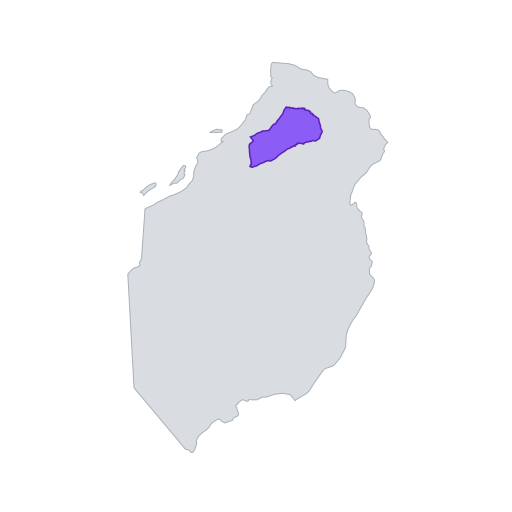 location of Liwale, Lindi, United Republic of Tanzania, rotated 230°
{"feature_id": "72390352B80391364217442", "entity_name": "Liwale", "entity_type": "district", "adm_level": 2, "iso_a3": "TZA", "parent_name": "United Republic of Tanzania", "parent_adm1": "Lindi", "projection": "equal_earth", "projection_center": [38.174, -9.186], "detail": "fine", "context": "in_parent", "style": "filled", "palette": "violet", "viewbox_px": 512, "rotation_deg": 230, "n_neighbors": 0, "source": "geoboundaries", "source_scale": "gbopen_adm2", "svg_char_len": 8898}
<svg xmlns="http://www.w3.org/2000/svg" viewBox="0 0 512 512"><g transform="rotate(230 256 256)"><path d="M207.9,358.0L203.9,355.2L200.2,353.4L197.2,351.5L195.9,349.7L193.0,348.9L190.6,348.6L188.4,346.9L183.7,346.3L183.2,345.1L183.1,342.5L182.3,341.9L180.6,341.2L178.8,341.2L177.7,341.6L177.1,341.4L175.6,339.9L174.2,338.0L173.6,334.9L171.5,333.0L169.0,331.4L162.3,331.6L161.2,331.1L159.6,329.5L157.7,327.0L156.2,324.0L154.8,320.1L153.4,314.7L145.5,293.3L144.7,289.2L143.1,284.7L140.6,279.2L138.0,275.1L134.4,271.4L130.3,267.7L128.1,265.2L123.9,255.1L123.0,250.4L122.3,245.5L122.5,243.5L125.1,237.2L125.4,235.4L125.0,233.0L123.7,228.0L122.1,221.9L118.7,210.7L118.2,207.9L118.3,205.8L120.2,194.5L120.1,192.9L127.9,193.1L133.6,188.2L138.5,180.8L139.5,177.7L141.5,172.9L143.5,170.6L144.2,168.9L145.3,164.2L147.9,161.0L150.5,158.5L149.9,156.8L150.3,156.1L151.7,154.9L154.4,153.7L154.9,151.2L154.9,148.4L154.4,146.8L154.5,145.0L154.1,144.0L152.3,143.8L149.7,142.4L147.5,141.8L146.0,141.0L145.5,140.3L145.3,138.7L146.5,134.3L145.2,132.6L147.9,125.4L148.4,124.5L149.4,124.4L151.0,123.6L152.4,123.3L153.6,123.5L154.5,123.2L155.3,122.4L155.9,120.0L156.4,115.9L156.1,112.6L155.0,110.0L154.7,106.1L155.2,100.9L154.8,96.5L153.6,93.0L152.3,91.0L150.3,90.0L147.2,84.7L146.3,82.1L146.5,80.5L147.5,79.8L149.5,80.0L151.3,79.4L153.0,78.0L154.7,77.5L155.6,77.8L233.4,77.8L324.3,146.0L324.7,146.9L325.4,152.8L325.2,154.7L323.8,158.1L323.4,159.9L323.4,161.1L323.7,161.6L324.9,161.8L326.0,162.6L326.3,163.2L327.1,165.8L328.1,167.1L362.6,200.5L363.4,201.0L362.9,203.8L360.9,210.6L360.8,213.5L360.1,216.8L359.3,219.0L357.3,228.6L355.7,232.2L353.4,240.6L353.0,247.0L354.3,251.5L354.7,255.7L357.4,259.8L359.5,261.3L361.0,263.2L363.5,267.5L365.0,271.8L369.5,273.9L371.3,278.8L370.7,282.1L368.6,284.8L366.6,289.3L365.0,295.2L364.9,304.2L366.0,302.8L368.4,305.0L368.7,311.6L366.2,319.3L365.4,322.9L365.3,326.0L367.1,335.2L369.9,339.9L369.6,341.3L368.9,342.6L373.6,350.9L373.2,358.1L375.0,363.7L375.7,368.5L376.9,372.2L377.1,374.8L375.6,377.7L379.0,378.4L381.0,380.7L382.0,382.9L384.5,382.8L385.8,384.4L387.7,385.6L391.9,389.4L393.1,391.2L393.8,393.0L382.1,404.8L377.8,407.9L374.8,409.3L371.6,410.1L368.5,411.9L365.6,414.8L361.9,416.3L357.4,416.3L352.7,418.4L345.2,424.5L340.9,421.1L337.5,420.0L333.6,420.1L331.2,420.5L330.3,421.3L329.6,423.3L329.0,426.7L326.4,430.0L321.9,433.1L317.7,434.3L314.0,433.5L311.4,432.2L310.0,430.4L308.1,429.5L305.5,429.7L303.0,431.0L300.6,433.4L296.8,434.5L291.5,434.1L288.7,433.0L288.3,430.9L286.0,428.6L281.8,425.8L278.7,425.8L276.8,428.4L274.9,430.0L273.3,430.7L271.8,430.8L269.7,430.1L263.9,429.8L258.4,429.9L257.9,426.1L256.7,423.8L255.7,422.4L253.9,422.1L253.3,421.0L252.7,418.7L251.7,416.7L250.5,415.0L249.7,413.4L249.5,412.0L249.7,410.5L250.8,406.6L251.2,403.9L251.0,401.2L250.4,398.4L249.1,395.1L249.2,394.1L248.8,391.8L248.7,390.2L248.9,388.2L248.7,385.6L247.5,380.1L247.5,378.6L246.3,375.9L242.7,369.6L242.5,368.7L236.7,362.3L234.4,360.9L233.6,362.1L233.3,363.2L233.6,365.3L233.4,366.3L233.2,366.8L231.8,366.7L231.0,366.5L228.8,364.7L227.1,364.3L222.9,364.6L221.4,365.0L220.3,364.6L218.1,361.7L215.4,361.1L213.1,360.9L209.2,357.6L207.9,358.0ZM370.1,250.5L372.0,257.5L371.8,258.9L370.5,259.7L369.8,259.8L368.9,258.6L368.3,256.2L367.3,256.8L365.6,253.9L363.9,253.8L362.4,250.4L363.0,247.4L362.6,242.3L364.5,239.7L365.5,235.4L366.7,238.4L367.0,243.0L368.6,248.5L370.1,250.5ZM379.3,208.2L379.5,209.8L379.1,211.4L379.2,216.5L379.0,219.8L377.6,224.4L376.4,226.1L375.4,225.6L374.5,224.9L373.9,223.6L375.2,215.1L374.6,208.9L377.2,209.5L379.3,208.2ZM375.4,310.5L374.1,310.9L373.5,310.5L372.7,309.1L374.1,307.9L375.5,305.6L378.7,302.3L380.2,299.6L380.0,302.2L378.2,307.9L376.6,308.3L375.4,310.5Z" fill="#d9dde1" stroke="#a8b0b8" stroke-width="1"/><path d="M350.8,328.3L349.7,328.1L349.4,328.2L348.6,328.2L348.0,328.1L347.2,328.1L346.6,328.0L346.3,328.0L345.9,327.9L345.8,327.7L345.7,324.9L345.9,323.9L345.7,323.7L345.7,323.4L345.8,323.3L345.8,323.1L345.7,323.0L345.7,322.9L345.4,322.7L345.4,322.4L345.3,322.2L345.2,322.1L345.0,321.7L343.3,320.4L342.3,319.8L341.2,318.9L336.3,315.4L333.1,314.0L331.1,312.7L330.7,312.4L330.4,312.3L330.1,312.0L329.9,311.8L329.8,311.6L329.6,311.6L329.5,311.4L329.4,311.5L329.2,311.4L329.2,311.2L329.2,310.8L329.1,310.7L329.1,310.8L329.0,310.6L329.2,310.1L328.9,309.8L328.8,309.5L328.7,309.6L328.4,309.4L328.2,309.0L327.3,309.4L326.8,309.8L326.2,310.5L326.0,311.2L325.4,313.0L325.0,313.6L324.7,314.4L324.5,315.2L324.1,318.4L323.8,319.3L323.4,320.3L323.2,320.7L322.8,321.8L322.6,322.6L322.5,323.5L322.2,324.4L321.3,326.3L320.8,327.1L319.3,328.3L319.2,329.2L319.1,329.7L318.5,332.6L318.3,334.2L318.4,336.0L318.6,337.7L318.6,338.5L318.4,341.5L318.2,343.2L317.9,344.9L317.9,346.4L317.9,347.8L317.7,349.1L317.1,350.5L316.8,351.3L316.7,352.5L316.6,353.0L316.8,353.1L316.8,353.3L316.7,353.5L316.5,353.4L316.4,353.5L316.7,353.8L316.5,354.0L316.4,354.5L316.2,354.7L316.3,355.0L316.1,355.2L316.0,355.4L315.9,355.6L315.9,355.9L315.8,356.1L315.6,356.2L315.7,356.4L315.6,356.7L315.6,356.8L315.4,356.7L315.4,356.8L315.2,356.9L315.3,357.0L315.4,357.3L315.5,357.2L315.7,357.4L315.5,357.5L315.3,357.9L315.4,358.0L315.5,358.0L315.4,358.5L315.5,358.9L315.5,359.0L315.4,359.2L315.4,359.4L315.2,359.6L315.3,359.7L315.5,359.8L315.3,360.0L315.1,360.3L315.1,360.6L315.5,360.7L315.4,360.9L315.2,360.9L315.1,361.0L315.0,361.3L314.8,361.5L314.7,361.8L311.9,363.9L312.0,363.9L311.8,364.3L311.5,365.3L311.5,365.7L311.4,366.2L311.3,366.4L310.6,368.4L310.3,368.9L309.9,369.2L309.7,369.5L309.6,369.8L309.5,370.6L309.3,370.8L309.1,370.9L308.9,371.1L308.7,371.5L308.4,372.2L308.1,373.3L307.7,373.9L307.1,374.5L306.1,375.2L305.8,375.6L305.7,376.1L305.6,377.3L305.6,377.8L305.7,378.3L305.3,379.3L305.4,379.9L305.4,380.2L305.4,380.4L305.4,380.7L305.7,380.8L305.8,381.1L306.1,381.3L307.2,383.3L307.6,384.1L308.0,385.4L308.2,385.9L308.6,386.4L308.9,386.7L309.4,387.0L310.5,387.3L311.5,387.5L311.9,387.5L312.2,387.5L312.8,387.9L313.7,388.6L314.3,389.1L315.6,389.6L315.8,389.6L316.2,389.9L316.8,390.1L317.5,390.2L318.9,391.0L319.9,391.6L321.1,392.2L327.2,390.6L327.3,390.2L327.5,390.3L327.5,390.5L327.9,390.6L328.2,390.7L328.3,390.8L328.5,390.8L328.6,390.7L328.9,390.7L329.0,390.4L329.3,390.3L329.4,390.2L329.6,390.0L329.7,389.9L329.9,390.0L330.3,389.8L330.5,389.5L330.8,389.8L331.0,390.2L331.2,390.3L331.3,390.3L331.7,390.3L331.9,390.4L332.2,390.4L332.3,390.3L332.4,390.1L332.6,389.9L333.3,389.8L333.6,389.7L333.8,389.7L334.1,389.6L334.4,389.3L334.4,389.1L334.8,388.8L334.9,388.5L335.1,388.4L335.5,388.2L335.8,388.0L336.0,387.8L336.3,387.6L336.3,387.4L336.5,387.3L336.7,387.2L336.9,387.2L337.1,387.4L337.4,387.5L337.5,387.7L337.8,387.5L337.9,387.9L337.9,388.1L338.1,388.0L338.4,387.6L338.3,387.4L338.6,387.3L338.7,387.0L338.9,386.4L339.0,386.3L339.3,386.5L339.3,386.0L339.4,385.8L339.7,385.7L339.9,385.8L340.0,385.6L340.2,385.2L340.3,385.0L340.5,384.9L340.6,384.5L340.9,384.5L341.0,384.4L341.2,384.2L341.3,383.9L341.6,383.8L341.6,383.5L341.8,383.4L341.8,383.2L341.9,382.8L342.1,382.8L342.2,382.6L342.6,382.2L342.6,381.9L342.7,381.7L343.0,381.6L343.1,381.3L343.2,381.2L343.5,381.1L343.6,380.8L344.0,380.6L344.0,380.4L344.1,380.2L344.4,380.1L344.6,379.9L344.8,379.7L345.2,379.7L345.3,379.6L345.5,379.6L345.8,379.5L345.9,379.4L346.0,379.3L346.1,379.1L346.0,378.8L346.2,378.6L346.3,378.6L346.5,378.0L346.9,377.8L347.0,377.8L347.3,377.7L347.5,377.7L347.9,377.5L348.0,377.3L348.0,377.1L348.1,376.9L348.4,377.0L348.4,376.7L348.6,376.6L348.8,376.5L349.0,376.3L349.0,376.2L349.3,375.9L349.3,375.6L349.4,375.4L349.6,375.4L349.8,375.5L350.0,375.3L350.2,375.0L350.3,375.1L350.7,375.0L350.6,374.7L350.4,374.1L350.3,373.8L350.1,372.8L350.0,372.7L350.0,372.2L349.8,371.7L349.6,371.2L349.3,370.5L348.7,369.7L348.3,368.8L348.0,368.3L347.9,368.1L347.7,367.9L347.6,367.6L347.6,367.3L347.4,367.0L347.4,366.4L347.3,365.6L347.1,365.2L347.1,364.9L346.9,364.5L346.8,363.6L346.5,362.8L346.4,362.5L346.3,362.2L346.2,361.4L346.0,360.9L346.1,360.5L346.1,360.3L346.0,360.1L346.0,359.7L346.0,359.3L345.7,359.0L345.7,358.6L345.5,358.4L345.5,358.2L345.3,358.2L345.3,357.9L345.2,357.9L344.9,356.9L344.9,356.5L345.0,356.2L344.9,355.8L344.9,355.5L345.0,355.2L345.3,354.8L345.3,354.6L345.5,354.3L345.3,353.8L345.5,353.4L345.5,353.1L345.4,353.0L345.3,352.9L345.1,352.4L345.1,351.9L345.2,351.7L345.2,351.3L345.0,350.9L345.0,350.6L344.8,350.3L344.8,350.1L344.6,349.6L344.4,349.2L344.5,348.6L344.0,348.2L343.9,347.9L343.9,347.7L344.1,347.3L344.2,347.1L344.2,346.9L344.3,346.7L344.1,346.1L344.5,345.6L344.8,345.1L345.3,344.7L345.4,344.4L345.5,344.2L345.8,343.7L346.1,343.2L346.2,342.9L346.7,342.4L347.1,342.1L347.5,341.6L347.5,341.0L347.6,340.6L347.7,340.1L347.7,339.9L347.9,339.6L348.0,339.4L348.0,338.6L348.1,338.3L348.6,337.7L348.7,337.2L349.1,336.3L349.3,334.6L349.3,333.0L349.4,332.3L349.5,332.0L349.7,331.6L349.7,331.4L349.8,331.0L349.9,330.7L350.3,329.4L350.5,328.8L350.8,328.3Z" fill="#8b5cf6" stroke="#5b21b6" stroke-width="1.5"/></g></svg>